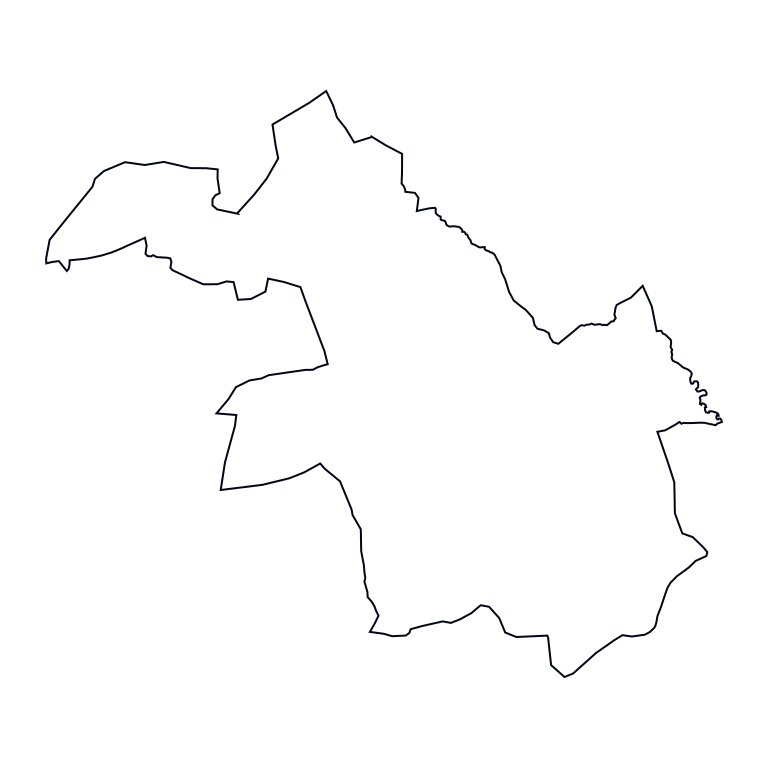 outline of Kabo, Kano, Nigeria
{"feature_id": "59680162B55022918372626", "entity_name": "Kabo", "entity_type": "district", "adm_level": 2, "iso_a3": "NGA", "parent_name": "Nigeria", "parent_adm1": "Kano", "projection": "orthographic", "projection_center": [8.188, 11.892], "detail": "fine", "context": "isolated", "style": "outline", "palette": "ink", "viewbox_px": 768, "rotation_deg": 0, "n_neighbors": 0, "source": "geoboundaries", "source_scale": "gbopen_adm2", "svg_char_len": 4658}
<svg xmlns="http://www.w3.org/2000/svg" viewBox="0 0 768 768"><path d="M706.4,556.0L707.3,552.1L703.1,547.1L692.7,537.1L682.3,533.4L674.9,513.3L674.3,482.4L668.8,465.1L662.1,445.5L657.4,431.8L665.2,430.3L675.3,424.7L677.6,423.2L678.4,422.5L679.7,422.0L680.0,422.5L680.6,423.1L681.4,423.7L683.2,422.9L687.7,423.1L693.6,423.0L699.7,422.7L704.3,422.8L710.9,424.2L715.6,425.2L717.4,423.6L721.9,422.0L721.4,420.3L721.0,419.3L720.0,418.5L718.7,418.7L718.3,419.4L717.2,419.3L716.5,418.3L716.3,417.2L716.8,415.4L717.6,415.7L718.6,415.8L718.5,414.7L717.4,413.1L715.5,412.4L713.2,411.6L710.3,411.2L709.1,411.5L709.1,412.6L707.6,412.8L705.9,412.3L705.0,410.0L704.9,407.4L706.2,407.1L705.6,405.0L703.4,403.5L702.4,403.5L701.3,403.8L701.2,404.7L699.9,403.9L700.1,402.5L700.4,401.3L700.4,399.4L699.7,398.3L700.1,396.9L701.9,395.9L704.2,395.2L705.3,395.4L706.2,395.0L706.7,393.8L706.1,391.9L704.9,390.3L702.9,390.0L700.2,391.0L698.9,391.5L697.4,391.5L695.9,389.3L696.8,388.3L697.9,387.5L698.3,385.7L698.1,384.0L698.1,382.7L696.9,381.3L695.2,381.3L694.2,381.5L693.6,382.2L693.3,383.4L692.3,383.8L691.2,383.6L690.8,382.5L690.3,381.3L690.2,379.8L690.2,377.9L691.0,376.6L691.5,375.0L691.8,373.6L690.7,371.7L689.1,370.3L687.4,369.2L685.1,368.4L682.6,367.1L678.1,363.2L673.0,360.9L671.9,358.7L671.7,357.0L672.2,354.4L672.0,353.4L671.3,352.0L672.0,350.3L672.1,349.5L670.9,347.8L670.6,346.7L671.2,342.2L670.7,339.8L668.7,337.8L666.8,336.0L665.2,334.5L662.9,333.6L661.9,331.9L661.2,330.8L656.7,331.2L652.9,312.0L651.7,306.1L642.7,285.8L631.0,297.6L620.0,303.1L616.8,304.9L615.6,307.6L614.4,314.7L615.7,318.2L614.8,319.3L613.5,321.3L611.5,321.4L610.8,322.0L607.0,325.2L604.8,324.8L602.5,325.1L599.9,324.1L594.6,324.8L591.5,323.6L589.2,324.6L586.6,324.7L584.5,325.7L581.5,325.2L579.5,326.3L572.6,332.2L558.3,343.8L553.2,342.2L550.1,337.7L548.8,333.1L543.9,330.3L537.6,328.8L534.6,325.2L532.9,317.9L526.0,310.1L520.8,306.2L513.7,300.5L509.1,291.9L505.2,279.4L501.8,272.4L500.3,265.6L494.5,254.5L492.2,252.7L490.4,252.3L489.0,251.4L487.6,250.8L486.0,250.3L484.6,249.0L484.8,247.2L483.2,247.1L480.8,247.4L479.2,247.3L477.3,246.2L474.6,244.7L472.1,243.9L471.0,242.4L470.6,240.4L469.4,238.9L468.1,237.0L467.3,234.7L465.7,234.3L465.3,232.8L463.9,231.7L462.3,231.8L462.2,230.0L461.0,228.6L460.0,227.5L458.6,226.9L455.4,226.4L452.3,226.3L450.4,226.6L448.7,226.3L447.2,225.5L446.0,223.9L445.7,222.3L444.9,220.9L442.3,220.3L440.7,219.6L440.6,216.6L439.0,216.0L437.5,214.9L435.9,213.4L435.7,211.9L435.6,210.3L435.8,208.9L435.0,207.8L429.5,208.3L419.9,210.3L416.8,211.1L418.5,198.0L415.0,192.9L405.4,191.8L405.1,189.6L403.9,186.5L401.6,183.5L402.0,173.0L402.1,153.9L385.6,145.2L371.7,136.7L371.7,137.0L354.2,142.5L353.6,141.5L345.6,128.3L337.0,117.5L333.2,105.6L326.2,91.0L309.1,102.9L272.5,124.5L275.6,145.4L278.2,158.3L278.1,158.6L266.6,178.7L254.1,194.7L237.6,212.9L238.1,213.8L217.2,209.4L212.5,205.4L212.5,199.2L215.4,195.3L219.7,193.2L217.5,178.3L217.7,169.4L206.1,168.2L190.7,168.1L163.8,161.9L144.9,165.0L125.0,162.2L104.0,171.0L95.0,178.8L92.5,186.7L62.3,223.9L49.6,239.9L46.1,258.6L46.3,263.4L52.1,262.0L58.9,261.1L66.8,271.0L68.6,268.9L69.6,264.3L69.6,260.3L78.1,259.5L82.1,259.1L86.7,258.6L93.9,257.2L101.7,255.5L107.2,253.8L112.0,252.3L115.2,251.0L116.5,250.5L121.5,248.4L126.2,246.2L145.0,237.8L146.6,245.6L145.5,253.7L146.1,254.4L147.5,256.0L150.9,256.4L152.0,255.8L153.3,255.2L156.6,257.1L161.9,257.4L167.0,257.7L170.3,258.4L170.5,259.1L171.4,261.9L170.4,267.8L172.5,270.2L183.4,275.3L187.6,277.4L203.3,284.3L217.5,284.2L226.6,281.4L233.6,282.1L237.9,299.8L250.9,299.0L265.4,291.6L268.1,278.6L284.0,282.0L300.4,287.1L305.6,301.6L324.4,351.0L327.7,364.2L322.7,365.6L317.3,367.4L312.8,369.8L305.2,369.9L268.6,375.2L261.4,378.5L249.6,380.4L236.0,387.1L228.5,399.1L216.5,413.4L236.3,415.0L235.0,425.7L225.0,462.3L220.7,490.0L262.5,484.8L289.3,478.3L304.1,472.4L320.2,463.5L324.8,468.8L340.0,481.3L351.6,509.5L352.5,514.9L360.8,529.3L361.2,551.1L364.0,566.0L364.4,572.1L365.3,577.8L364.4,581.7L365.8,586.4L367.4,591.9L367.7,597.2L370.1,599.8L372.4,602.7L374.5,606.5L376.1,610.8L378.5,615.7L375.1,622.8L369.9,631.9L383.9,633.8L392.2,636.2L402.7,635.7L405.7,635.6L409.3,633.0L410.7,629.2L421.9,626.1L442.7,621.4L450.9,622.9L459.8,619.4L471.4,613.1L480.6,605.3L482.4,605.5L489.1,606.8L499.2,618.0L505.2,632.5L516.4,637.0L547.3,635.6L548.1,637.5L551.1,665.1L564.5,677.0L573.1,673.5L596.0,653.0L614.1,640.3L622.4,635.2L631.9,636.5L644.9,634.7L650.0,631.9L654.4,627.7L655.5,625.4L656.4,622.2L657.5,615.9L658.6,613.1L661.0,607.0L663.3,599.9L666.6,590.2L667.7,587.4L670.7,582.5L676.9,576.2L682.7,572.0L688.8,567.5L695.6,560.9L706.4,556.0Z" fill="none" stroke="#020617" stroke-width="2"/></svg>